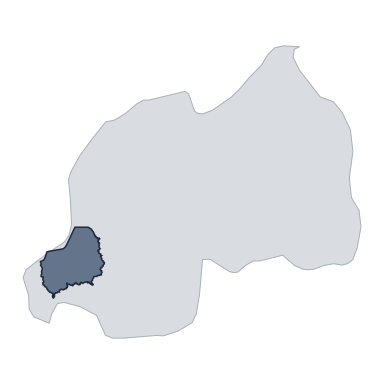 Nyamasheke, Western, Rwanda (highlighted)
{"feature_id": "39286606B22601397790462", "entity_name": "Nyamasheke", "entity_type": "district", "adm_level": 2, "iso_a3": "RWA", "parent_name": "Rwanda", "parent_adm1": "Western", "projection": "albers", "projection_center": [29.106, -2.358], "detail": "fine", "context": "in_parent", "style": "filled", "palette": "slate", "viewbox_px": 384, "rotation_deg": 0, "n_neighbors": 0, "source": "geoboundaries", "source_scale": "gbopen_adm2", "svg_char_len": 6378}
<svg xmlns="http://www.w3.org/2000/svg" viewBox="0 0 384 384"><path d="M143.5,100.2L149.0,100.0L185.1,91.4L188.7,94.1L194.5,110.9L197.6,113.3L202.6,113.9L212.7,110.1L231.4,97.0L239.5,89.1L249.0,77.9L261.3,65.3L268.1,54.3L274.7,47.8L283.5,45.9L293.1,46.4L299.8,46.6L294.3,49.3L293.1,57.3L299.5,70.2L320.2,96.9L333.4,101.8L342.0,112.2L350.4,129.7L352.9,151.6L349.3,177.9L351.4,197.4L359.0,210.3L361.0,226.9L357.3,247.3L352.9,259.6L347.7,263.6L341.8,265.1L333.8,263.7L324.1,265.4L313.5,269.3L306.9,269.8L302.7,269.1L294.9,265.8L282.6,255.2L259.6,261.0L253.3,260.9L244.9,265.9L238.0,272.1L233.8,272.5L229.6,271.7L209.8,259.2L202.5,259.6L199.5,294.6L196.2,314.0L192.1,322.7L177.9,331.1L163.6,335.8L155.8,335.5L124.4,338.1L112.2,338.1L105.4,335.2L96.6,315.4L79.9,306.6L63.9,302.4L57.4,303.6L51.7,314.0L49.3,323.3L33.8,316.9L29.1,309.0L28.7,295.7L23.0,277.5L26.2,269.7L32.3,264.7L45.1,255.0L64.7,241.7L68.9,235.3L71.6,224.7L70.4,200.1L68.5,179.3L70.8,171.9L79.8,155.8L91.8,139.3L105.7,121.9L114.2,120.2L125.2,113.6L136.9,103.8L143.5,100.2Z" fill="#d9dde1" stroke="#a8b0b8" stroke-width="1"/><path d="M101.2,257.0L100.7,256.8L100.4,256.4L100.7,255.9L101.3,255.6L100.9,255.5L100.8,255.1L100.7,255.0L100.6,254.6L100.7,254.4L100.5,254.2L100.6,253.9L99.6,253.6L98.6,252.8L98.9,252.1L98.9,251.7L98.1,251.4L98.1,251.2L97.9,251.0L97.9,250.6L98.0,250.3L98.6,250.4L98.7,250.2L98.8,249.9L99.4,249.7L99.6,249.1L99.9,249.1L100.1,248.8L99.7,248.6L99.6,247.9L99.3,247.4L99.2,247.0L99.0,246.8L99.0,245.9L99.3,245.1L99.3,244.7L99.1,244.3L99.1,244.1L99.5,243.7L99.4,243.4L98.9,243.3L98.9,243.1L99.1,242.9L99.0,242.7L99.0,242.4L98.7,242.2L98.5,242.3L98.0,241.9L97.8,241.6L97.9,241.3L98.2,241.0L98.2,240.5L98.6,240.3L98.8,239.8L98.9,239.0L99.0,238.9L99.6,239.0L99.7,238.7L99.4,238.4L99.3,238.6L99.3,238.4L99.1,238.4L99.1,238.2L98.7,238.2L98.7,238.3L98.2,238.4L97.9,238.6L97.8,238.4L97.6,238.2L97.5,237.7L96.9,237.6L96.7,237.7L96.5,237.3L96.3,237.2L96.2,236.7L96.0,236.4L95.8,236.4L95.9,236.6L95.6,236.6L95.5,236.8L95.2,236.6L95.2,236.3L95.4,236.2L95.3,235.9L95.0,235.4L94.7,235.3L94.6,235.0L94.7,234.8L93.9,234.1L94.1,233.6L93.9,233.0L91.6,229.5L91.0,228.9L89.1,227.8L88.2,227.2L76.5,227.2L74.9,227.3L66.6,244.9L65.6,246.5L65.0,247.3L64.1,248.1L63.3,248.6L62.5,249.0L60.8,249.2L60.7,249.4L60.2,249.4L59.5,249.5L49.4,251.2L47.6,251.7L47.1,251.9L46.7,252.3L45.7,255.9L44.7,258.4L44.1,259.5L43.3,260.3L41.1,261.2L40.4,261.7L40.3,262.0L40.4,262.4L41.1,263.4L41.2,264.0L40.9,264.7L40.5,265.1L42.1,267.7L42.3,268.8L41.9,270.3L41.7,270.5L41.8,270.8L41.5,271.6L41.6,271.9L41.6,272.6L41.8,272.9L41.7,273.3L41.8,273.6L41.8,273.9L41.4,274.4L41.2,274.8L41.2,275.5L41.0,276.1L41.1,276.4L41.4,276.5L41.5,276.8L41.9,276.8L42.3,277.0L42.6,276.8L42.9,276.9L43.0,277.1L43.2,277.3L43.3,277.6L43.1,278.0L43.0,278.8L42.8,279.1L42.8,279.6L42.9,280.0L43.1,280.1L43.4,280.8L43.6,281.0L43.6,281.3L43.8,281.6L43.8,282.0L43.6,282.2L43.3,282.5L43.1,282.5L42.9,282.6L42.9,283.4L43.0,283.6L42.9,283.8L42.9,284.4L43.0,284.5L43.1,284.8L43.5,284.8L43.8,285.0L44.3,285.9L44.9,286.1L45.0,286.5L45.1,286.8L45.9,287.1L46.1,287.4L46.3,287.4L46.5,287.6L47.0,288.4L46.9,288.7L47.1,288.9L47.1,289.2L47.3,289.3L47.4,289.5L47.5,289.6L47.6,289.8L47.8,289.8L48.1,290.1L48.2,290.4L48.2,290.7L48.3,290.9L48.7,291.1L49.0,291.2L49.2,291.5L49.7,291.6L49.8,291.8L49.6,292.0L49.8,292.3L50.2,292.5L50.4,292.4L50.7,292.5L51.3,292.5L52.0,293.2L52.7,293.3L52.6,293.5L52.8,293.6L52.8,294.0L52.8,294.4L52.8,294.8L52.6,295.3L52.7,295.8L52.5,296.0L52.5,296.3L52.6,296.8L52.7,297.2L52.9,297.3L53.0,297.5L53.1,297.9L53.3,298.0L53.4,297.8L53.4,297.6L53.6,297.6L53.6,297.3L54.1,297.2L54.3,297.0L54.4,296.8L54.4,296.6L54.5,296.3L54.2,295.9L54.2,295.5L54.2,295.4L54.6,295.1L54.6,294.8L54.5,294.7L54.3,294.2L54.2,294.2L54.4,294.0L54.4,293.8L54.7,293.7L55.0,293.3L55.4,293.3L55.5,293.1L55.8,293.0L55.9,292.7L56.7,292.9L57.1,292.7L57.5,292.2L57.7,292.4L57.8,292.3L58.1,292.0L58.4,292.0L58.8,291.8L59.2,291.9L59.1,291.7L59.3,291.5L59.3,291.1L59.7,290.7L59.8,290.2L60.3,289.9L60.1,289.7L60.4,289.5L60.8,289.6L61.5,289.4L61.7,289.5L62.2,289.4L62.5,289.7L62.8,289.6L63.3,289.8L63.7,289.8L64.2,289.4L64.2,289.1L64.5,288.9L64.8,288.9L65.3,288.8L65.7,288.9L66.2,288.6L66.2,288.4L66.3,288.4L66.2,288.2L66.5,287.7L66.6,287.3L67.0,287.2L67.1,287.4L67.4,287.3L67.5,287.0L67.3,286.6L67.4,286.4L67.6,286.3L67.5,286.1L67.6,285.7L67.3,285.6L67.1,285.2L67.1,284.5L66.8,284.0L66.7,283.5L66.8,282.7L67.0,283.3L67.6,284.0L68.2,284.3L69.0,284.0L69.7,284.6L70.0,285.0L70.3,285.0L70.6,285.2L71.0,285.0L72.3,285.6L72.2,285.1L72.4,285.0L72.5,284.7L72.8,284.9L73.4,285.0L73.6,284.7L74.4,284.1L74.5,283.9L74.6,283.7L74.8,283.6L74.7,283.4L75.2,283.5L75.3,283.5L75.6,283.6L75.8,283.5L75.7,283.3L75.8,283.1L75.9,283.3L76.1,283.1L76.2,283.4L76.4,283.4L76.6,283.7L76.8,283.5L77.3,283.7L77.7,284.2L77.8,284.2L78.0,284.4L78.1,284.5L78.3,284.5L78.5,284.6L78.8,284.8L79.0,284.8L79.2,284.6L79.7,284.6L79.8,284.4L80.1,284.4L80.2,284.1L80.2,283.8L80.5,283.0L80.4,282.8L80.9,282.3L81.2,282.4L81.4,282.7L82.0,283.0L82.2,283.3L82.6,283.2L82.6,283.3L82.8,283.4L83.0,283.2L83.5,282.7L84.4,282.4L84.6,282.4L85.3,282.1L85.5,282.2L86.3,282.1L86.5,282.1L86.6,281.9L86.9,282.0L87.2,281.8L87.4,282.1L87.6,282.1L87.7,282.3L87.9,282.3L87.9,282.7L88.2,282.5L88.4,282.3L88.6,282.6L89.0,282.3L89.1,282.7L89.5,282.6L89.5,282.9L89.8,283.1L89.9,283.4L90.7,284.2L90.9,284.2L91.2,284.4L91.5,284.3L91.8,284.7L92.1,284.6L92.3,285.0L92.5,285.1L93.2,284.7L93.2,284.3L92.0,283.6L91.2,283.4L91.8,282.7L91.9,282.3L91.3,281.8L91.8,280.8L92.1,280.5L92.5,280.3L92.6,280.1L92.5,279.6L92.6,279.4L92.6,279.1L93.0,278.6L93.3,277.8L93.6,277.7L93.6,277.1L93.8,276.9L93.8,276.7L94.3,276.7L95.5,276.4L96.9,276.4L97.6,275.4L98.3,275.4L98.7,275.6L99.2,275.5L99.5,275.1L100.0,274.9L100.5,274.9L100.7,275.1L101.0,275.1L101.3,274.7L101.4,274.3L101.4,273.5L101.8,273.2L101.9,273.3L101.7,273.0L102.0,272.4L101.6,271.9L101.8,271.5L101.8,271.3L101.6,271.2L101.6,270.8L101.4,270.6L100.9,270.7L100.7,270.0L100.2,269.6L100.1,269.4L100.7,268.4L100.6,268.1L100.9,267.7L101.1,267.6L101.7,267.8L102.2,266.9L102.1,266.5L102.2,266.3L103.1,266.0L103.0,265.8L103.3,265.3L103.3,264.7L103.6,264.4L104.3,263.9L104.2,263.3L104.4,263.0L104.3,262.4L103.7,262.1L103.4,261.8L103.3,261.5L103.4,261.0L103.2,260.9L102.9,260.9L102.7,260.8L101.6,259.5L101.5,259.1L101.8,258.7L101.4,258.1L101.5,257.8L101.3,257.5L101.2,257.0Z" fill="#64748b" stroke="#1e293b" stroke-width="1.5"/></svg>